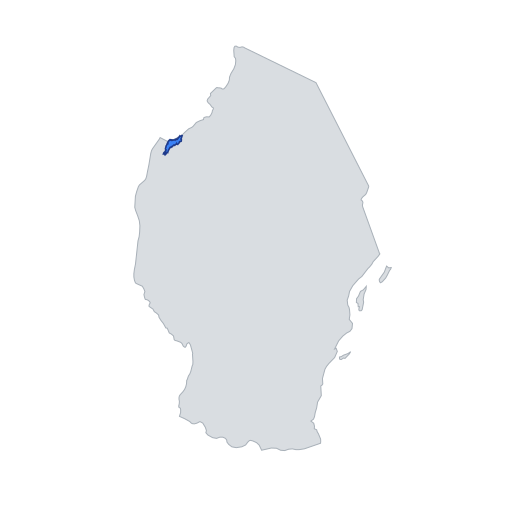 Buhigwe, Kigoma, United Republic of Tanzania (highlighted), rotated 26°
{"feature_id": "72390352B43433883631580", "entity_name": "Buhigwe", "entity_type": "district", "adm_level": 2, "iso_a3": "TZA", "parent_name": "United Republic of Tanzania", "parent_adm1": "Kigoma", "projection": "equal_earth", "projection_center": [29.939, -4.477], "detail": "fine", "context": "in_parent", "style": "filled", "palette": "blue", "viewbox_px": 512, "rotation_deg": 26, "n_neighbors": 0, "source": "geoboundaries", "source_scale": "gbopen_adm2", "svg_char_len": 7252}
<svg xmlns="http://www.w3.org/2000/svg" viewBox="0 0 512 512"><g transform="rotate(26 256 256)"><path d="M206.5,360.2L202.4,357.3L198.7,355.5L195.7,353.6L194.3,351.7L191.4,350.9L189.0,350.6L186.7,348.9L182.0,348.2L181.4,347.0L181.4,344.4L180.5,343.7L178.8,343.1L177.0,343.1L175.8,343.5L175.2,343.3L173.7,341.7L172.2,339.8L171.7,336.6L169.5,334.6L167.1,333.0L160.1,333.2L159.1,332.7L157.4,331.1L155.5,328.5L154.0,325.5L152.6,321.4L151.2,316.0L143.3,294.1L142.5,289.9L140.9,285.4L138.4,279.7L135.7,275.5L132.0,271.7L127.9,267.9L125.7,265.4L121.4,255.1L120.5,250.3L119.9,245.2L120.1,243.2L122.8,236.8L123.1,234.9L122.8,232.5L121.4,227.4L119.8,221.1L116.4,209.8L115.9,206.9L116.0,204.7L117.9,193.2L117.9,191.6L125.9,191.8L131.7,186.7L136.7,179.2L137.8,176.0L139.8,171.1L141.8,168.7L142.6,167.1L143.8,162.2L146.4,158.9L149.0,156.4L148.5,154.6L148.9,154.0L150.3,152.7L153.0,151.5L153.6,149.0L153.6,146.1L153.1,144.5L153.2,142.6L152.8,141.6L151.0,141.4L148.3,139.9L146.1,139.3L144.6,138.5L144.0,137.8L143.8,136.1L145.0,131.7L143.8,129.9L146.5,122.5L147.0,121.7L148.1,121.5L149.7,120.8L151.1,120.4L152.3,120.7L153.2,120.4L154.0,119.6L154.7,117.1L155.2,112.9L154.9,109.5L153.8,106.9L153.5,102.9L154.0,97.5L153.6,93.1L152.3,89.5L151.0,87.4L149.0,86.4L145.9,81.0L144.9,78.3L145.1,76.7L146.2,76.0L148.2,76.2L150.1,75.6L151.8,74.1L153.5,73.7L154.4,73.9L233.9,73.9L326.6,143.7L327.0,144.5L327.7,150.5L327.6,152.6L326.1,156.0L325.7,157.8L325.7,159.1L326.0,159.6L327.2,159.8L328.3,160.6L328.7,161.2L329.4,163.8L330.4,165.1L365.6,199.3L366.4,199.8L365.9,202.7L363.8,209.7L363.7,212.6L362.9,216.0L362.1,218.2L360.1,228.0L358.3,231.7L356.0,240.2L355.6,246.8L356.8,251.4L357.3,255.7L360.0,259.9L362.1,261.4L363.6,263.3L366.2,267.7L367.6,272.1L372.3,274.3L374.1,279.2L373.4,282.6L371.2,285.5L369.1,290.0L367.5,296.0L367.4,305.2L368.5,303.8L370.9,306.1L371.2,312.8L368.6,320.7L367.8,324.3L367.6,327.5L369.4,336.9L372.1,341.7L371.9,343.2L371.2,344.4L375.9,352.9L375.4,360.3L377.1,366.0L377.9,370.9L379.0,374.7L379.2,377.4L377.7,380.3L381.2,381.0L383.2,383.4L384.1,385.7L386.7,385.6L388.0,387.1L390.0,388.4L394.3,392.2L395.4,394.2L396.1,396.0L384.0,408.1L379.7,411.1L376.6,412.6L373.3,413.4L370.1,415.3L367.1,418.3L363.3,419.8L358.7,419.8L353.9,421.9L346.2,428.1L341.8,424.6L338.3,423.5L334.3,423.6L331.9,424.1L331.0,424.8L330.2,426.9L329.5,430.4L326.9,433.7L322.3,436.9L318.0,438.1L314.1,437.3L311.5,436.0L310.2,434.1L308.2,433.3L305.5,433.4L302.9,434.7L300.5,437.2L296.6,438.3L291.2,438.0L288.4,436.8L288.0,434.7L285.7,432.3L281.4,429.5L278.2,429.4L276.2,432.1L274.3,433.8L272.7,434.5L271.2,434.6L269.0,433.8L263.1,433.5L257.5,433.7L256.9,429.8L255.8,427.4L254.8,426.0L252.9,425.7L252.3,424.6L251.7,422.2L250.8,420.1L249.5,418.4L248.8,416.8L248.5,415.4L248.7,413.8L249.9,409.8L250.3,407.1L250.2,404.3L249.6,401.4L248.2,398.0L248.4,397.1L248.0,394.7L247.9,393.1L248.2,391.1L248.0,388.4L246.8,382.7L246.8,381.3L245.6,378.5L241.9,372.0L241.8,371.2L236.0,364.6L233.6,363.2L232.8,364.4L232.4,365.5L232.7,367.6L232.5,368.7L232.3,369.2L230.9,369.1L230.0,368.8L227.8,367.1L226.1,366.6L221.8,367.0L220.3,367.4L219.1,367.0L216.9,364.0L214.2,363.3L211.8,363.2L207.9,359.8L206.5,360.2ZM373.0,250.3L374.9,257.6L374.7,258.9L373.3,259.8L372.6,259.8L371.7,258.7L371.2,256.2L370.1,256.8L368.4,253.9L366.6,253.8L365.1,250.3L365.7,247.2L365.4,242.0L367.3,239.4L368.4,234.9L369.6,238.0L369.8,242.7L371.5,248.3L373.0,250.3ZM382.6,207.1L382.8,208.8L382.4,210.5L382.4,215.6L382.2,219.0L380.8,223.8L379.6,225.5L378.5,225.0L377.7,224.2L377.0,222.9L378.4,214.2L377.8,207.8L380.5,208.5L382.6,207.1ZM378.0,311.7L376.6,312.1L376.1,311.7L375.3,310.2L376.8,309.0L378.2,306.7L381.5,303.3L383.0,300.5L382.8,303.2L380.9,309.0L379.3,309.4L378.0,311.7Z" fill="#d9dde1" stroke="#a8b0b8" stroke-width="1"/><path d="M136.7,190.0L136.8,190.0L136.9,189.5L136.9,189.4L136.8,188.9L137.1,188.6L137.3,188.2L137.4,187.9L137.3,187.4L137.1,187.0L137.1,186.8L137.2,186.6L137.3,186.6L137.5,186.7L137.9,186.3L138.3,185.9L138.5,185.6L138.3,185.3L138.3,184.9L138.0,184.1L137.9,184.0L137.6,183.9L137.5,184.0L137.4,183.9L137.4,184.0L137.4,183.9L137.2,183.8L137.2,183.3L137.3,183.1L137.3,182.9L137.2,182.5L137.2,182.3L137.1,182.1L137.1,181.6L137.1,181.4L137.0,181.2L137.0,180.9L136.9,180.4L136.9,180.2L136.7,180.2L136.7,180.3L136.5,180.5L136.3,180.7L136.1,180.8L135.9,181.0L135.8,181.3L135.7,181.3L135.5,181.5L135.4,181.5L135.2,181.6L135.1,181.8L134.9,182.0L135.0,182.1L134.9,182.0L134.9,182.3L134.8,182.5L134.8,182.8L134.7,182.9L134.7,183.0L134.4,183.6L134.4,183.8L134.4,184.0L134.4,184.3L134.2,184.4L134.2,184.5L134.3,184.5L134.4,184.8L134.3,185.0L134.2,184.9L134.2,185.0L134.1,185.3L134.1,185.6L133.9,185.6L133.7,185.6L133.4,185.6L133.4,185.8L133.1,185.7L133.0,185.9L133.2,186.0L133.0,186.3L132.9,186.4L132.9,186.1L132.8,186.3L132.8,186.5L132.7,186.4L132.4,186.4L132.2,186.5L132.2,186.8L132.1,187.0L132.0,187.3L131.8,187.4L131.7,187.6L131.4,187.7L131.4,187.8L131.2,187.9L131.1,188.0L130.9,188.0L130.7,188.0L130.5,188.3L130.4,188.2L130.2,188.3L130.1,188.5L130.0,188.8L130.0,188.7L129.9,188.7L129.9,188.8L129.8,189.0L129.7,189.1L129.4,189.2L129.2,189.2L129.1,188.8L129.1,188.7L128.9,188.8L128.9,188.7L128.7,188.7L128.4,188.7L128.0,189.2L128.0,189.4L127.8,189.9L127.7,189.9L127.7,190.1L127.5,190.3L127.4,190.3L127.3,190.2L127.3,190.3L127.1,190.6L127.0,190.8L127.0,191.3L127.1,191.6L127.1,191.9L126.9,192.1L127.0,192.3L126.9,192.5L126.9,192.8L127.0,192.7L127.2,193.0L127.2,193.3L127.2,193.5L127.3,193.6L127.5,193.5L127.7,193.8L127.6,194.0L127.4,194.0L127.2,194.2L127.2,194.4L127.1,194.6L127.0,195.1L127.1,195.3L127.1,195.5L127.1,195.8L127.0,196.0L126.9,196.3L127.0,196.5L127.2,197.0L127.3,197.2L127.2,197.3L127.3,197.4L127.3,197.6L127.3,197.9L127.3,198.0L127.4,198.5L127.4,198.9L127.7,199.6L127.8,199.7L128.2,200.0L128.4,200.0L128.5,200.2L128.5,200.4L128.5,200.6L128.5,200.8L128.6,201.0L128.7,200.9L128.7,201.2L128.6,201.4L128.8,201.5L128.7,201.7L128.9,201.9L128.7,202.1L128.5,202.4L128.4,202.5L128.5,202.6L128.4,202.7L128.5,202.8L128.5,202.7L128.7,202.9L128.9,202.8L128.8,203.1L128.8,203.3L128.7,203.3L128.6,203.2L128.5,203.3L128.4,203.4L128.4,203.6L128.5,203.6L128.4,203.8L128.4,203.7L128.2,203.8L127.9,203.8L127.9,204.0L128.0,204.1L128.2,204.4L128.0,204.6L128.0,204.8L128.2,204.7L128.4,204.8L128.5,204.8L128.6,204.7L128.8,204.3L129.0,204.4L129.3,204.4L129.4,204.5L129.4,204.4L129.6,204.4L129.8,204.4L129.8,204.2L129.9,204.3L129.9,204.1L130.1,204.2L130.3,204.1L130.4,203.8L130.4,203.4L130.4,203.2L130.4,202.9L130.7,202.3L131.0,202.1L131.2,201.9L131.2,201.7L131.3,201.7L131.2,201.4L131.2,201.0L131.1,200.6L131.1,200.1L131.0,199.9L131.0,199.4L131.1,199.1L131.1,198.8L131.0,198.6L131.1,198.4L131.0,198.2L131.0,197.9L131.1,197.7L131.1,197.0L131.2,196.8L131.3,196.6L131.2,196.4L131.1,196.2L131.2,195.9L131.4,195.9L131.5,195.8L131.9,195.7L132.1,195.6L132.1,195.4L132.0,195.2L132.1,194.7L132.3,194.5L132.5,194.8L132.5,195.1L132.6,195.3L132.6,195.2L132.7,194.8L132.8,194.4L132.8,194.2L133.0,194.0L133.0,193.9L133.0,193.6L133.1,193.4L133.1,193.1L133.3,192.6L133.5,192.2L133.8,192.1L134.0,192.2L134.4,192.3L134.5,192.3L134.6,192.0L134.5,191.8L134.6,191.6L134.7,191.4L135.0,190.8L135.1,190.7L135.2,190.1L135.3,190.3L135.5,190.3L135.8,190.2L136.0,190.3L136.6,190.1L136.7,190.0Z" fill="#3b82f6" stroke="#1e3a8a" stroke-width="1.5"/></g></svg>